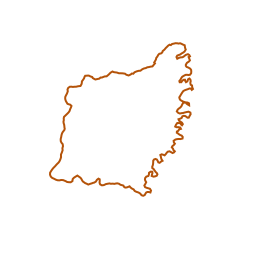 Dom Bosco, Minas Gerais, Brazil (Robinson projection), rotated 239°
{"feature_id": "56859067B94759180544499", "entity_name": "Dom Bosco", "entity_type": "district", "adm_level": 2, "iso_a3": "BRA", "parent_name": "Brazil", "parent_adm1": "Minas Gerais", "projection": "robinson", "projection_center": [-46.303, -16.742], "detail": "fine", "context": "isolated", "style": "outline", "palette": "amber", "viewbox_px": 256, "rotation_deg": 239, "n_neighbors": 0, "source": "geoboundaries", "source_scale": "gbopen_adm2", "svg_char_len": 4905}
<svg xmlns="http://www.w3.org/2000/svg" viewBox="0 0 256 256"><g transform="rotate(239 128 128)"><path d="M100.0,64.8L99.6,66.9L99.2,68.4L99.0,69.7L98.6,70.9L98.6,72.8L99.6,74.7L99.8,76.6L98.6,77.3L97.2,76.5L95.7,75.4L94.0,75.1L92.3,76.1L91.5,77.9L91.3,80.2L90.6,82.1L90.0,83.6L89.0,84.6L88.2,86.2L87.1,87.6L86.7,88.9L86.1,90.3L84.8,91.6L83.2,92.3L82.0,93.5L81.0,94.4L79.6,94.3L78.4,94.9L77.7,96.3L77.4,97.9L77.2,99.3L75.8,99.5L74.0,100.2L72.5,101.2L70.6,101.3L69.0,102.3L68.0,103.2L67.1,103.9L65.5,104.7L63.4,105.0L62.1,106.1L61.9,107.7L62.7,109.1L63.3,110.3L63.2,111.6L62.4,112.9L61.2,114.0L62.5,115.5L64.6,115.5L65.6,114.6L67.1,113.2L68.5,112.2L70.3,112.4L71.1,114.0L72.2,115.7L74.1,115.7L75.3,116.1L76.3,117.0L76.9,118.7L76.4,120.7L77.3,121.9L78.8,123.0L78.9,125.0L78.0,126.3L76.7,125.7L75.7,124.5L74.7,123.6L73.1,124.9L72.5,126.6L72.3,128.1L73.2,129.4L74.6,129.5L75.8,129.1L78.0,128.9L79.9,128.8L81.0,128.2L82.2,128.7L83.4,130.2L84.7,131.3L85.9,132.1L87.0,132.8L87.6,134.1L87.3,135.6L86.1,136.5L84.5,136.5L82.9,136.3L81.9,137.2L82.2,139.2L82.1,140.7L83.7,140.6L85.2,140.9L86.5,141.4L88.2,141.8L88.1,143.3L86.8,144.5L85.7,145.3L86.2,147.0L86.9,148.6L87.2,149.9L86.6,151.6L84.9,152.6L83.6,153.3L83.4,154.8L83.9,156.1L85.5,155.6L87.2,155.9L88.9,155.6L89.6,156.7L89.8,158.4L90.4,160.1L92.0,159.9L93.5,160.5L93.7,162.7L93.2,164.3L92.5,165.8L91.5,167.3L90.9,169.3L92.1,170.3L93.8,170.1L95.3,169.0L96.5,168.4L97.7,168.0L98.8,167.4L99.8,168.1L99.7,169.6L100.5,171.2L100.0,172.9L101.5,173.0L102.8,171.6L103.7,170.0L104.9,169.2L106.0,170.7L106.9,172.8L105.9,174.3L105.0,175.5L103.6,175.3L102.5,175.7L103.1,177.0L104.8,177.0L106.5,176.2L108.1,175.5L109.5,175.8L109.1,177.6L109.0,179.2L110.0,180.6L109.8,181.9L108.8,183.2L107.4,183.9L106.2,184.3L105.6,185.4L106.6,187.0L107.6,188.8L109.1,189.4L110.8,188.3L111.5,186.4L112.1,184.5L112.5,182.9L113.2,181.4L113.7,179.9L115.2,178.8L117.1,178.4L118.2,180.1L118.5,181.6L118.6,183.2L119.1,184.9L120.0,186.2L121.1,188.1L120.3,190.6L122.1,189.0L123.5,188.1L125.0,187.3L126.5,187.3L127.9,187.8L128.7,189.4L129.6,191.0L130.5,192.8L131.2,194.5L131.1,196.2L130.8,197.8L130.4,199.6L130.2,201.1L129.4,202.2L127.8,202.3L128.0,203.8L129.8,204.0L131.5,204.8L132.8,204.0L134.5,204.6L135.9,205.9L137.4,206.4L138.8,206.1L138.8,204.6L137.4,202.9L137.4,201.3L138.9,201.3L140.0,201.7L140.7,200.5L140.5,198.8L139.8,197.3L140.6,195.9L141.8,196.2L142.4,197.9L143.2,199.1L144.0,200.9L144.0,202.9L143.9,204.7L143.2,206.0L142.3,207.1L141.7,208.5L142.4,210.3L143.8,211.3L145.2,212.0L146.8,211.9L148.8,210.8L150.2,209.7L151.5,209.6L152.5,210.2L153.5,212.1L153.6,214.5L154.1,215.9L155.8,216.2L157.6,216.5L157.5,218.0L159.0,218.1L160.4,217.4L160.9,215.2L160.7,213.5L160.5,212.2L160.7,210.8L161.4,209.6L161.9,207.8L162.0,205.9L163.9,206.1L164.7,207.5L164.4,209.2L164.1,210.7L164.3,212.3L164.2,213.7L164.4,215.8L165.5,217.9L166.8,218.1L168.1,218.5L169.7,219.2L171.3,218.0L172.6,217.2L173.8,216.3L174.4,214.7L175.3,213.8L176.2,212.4L176.8,210.5L177.3,209.1L177.0,207.4L178.0,206.5L177.9,204.8L177.4,202.9L177.1,201.5L176.4,199.6L176.1,197.4L175.1,196.2L174.9,194.6L175.5,193.1L175.1,191.6L174.1,189.9L173.5,188.3L172.4,187.3L171.4,185.6L170.7,184.2L169.5,184.4L168.8,182.3L168.2,180.7L168.9,179.1L169.5,177.2L170.1,175.8L170.2,174.1L170.8,172.4L171.0,170.5L170.7,168.2L171.6,166.4L172.1,164.5L172.4,162.3L171.8,160.5L172.7,159.4L172.5,157.9L172.7,155.6L174.5,154.0L176.1,153.4L177.5,151.7L178.5,150.2L179.6,148.4L181.3,147.0L182.3,145.7L183.2,144.6L184.4,143.8L184.4,141.5L183.7,138.8L183.3,136.3L184.2,134.6L184.5,133.0L184.7,131.6L185.4,130.4L185.1,128.8L185.8,126.8L186.4,125.0L187.7,124.2L189.0,123.5L190.1,123.6L191.5,122.4L193.1,121.4L193.9,120.0L194.8,118.2L194.1,116.9L193.2,115.9L192.4,114.2L191.7,112.5L190.4,111.6L189.5,110.7L188.5,108.9L189.5,106.7L190.1,104.8L190.9,103.4L191.6,101.9L192.6,100.7L193.3,99.4L193.2,97.5L192.2,96.0L190.5,95.3L189.0,93.5L188.0,91.8L187.0,90.3L185.9,89.5L184.8,89.0L183.0,88.6L181.3,88.6L179.9,88.6L178.9,89.4L177.7,90.5L176.0,90.9L175.0,89.7L174.0,88.2L172.7,86.7L172.0,85.2L171.5,83.3L171.0,81.1L170.5,78.9L169.3,77.8L167.9,77.1L166.6,75.9L165.2,75.3L163.8,75.0L162.4,74.4L161.2,73.8L160.0,73.4L159.1,72.5L158.6,71.2L158.1,69.9L157.3,68.6L156.1,67.3L154.7,66.1L153.2,64.6L151.4,63.6L149.8,63.4L147.8,63.7L145.9,62.9L144.5,61.4L142.6,60.5L141.1,58.7L139.8,56.9L138.8,56.3L137.5,55.6L136.6,54.6L135.7,53.5L134.7,52.0L134.1,50.6L133.8,49.2L133.4,47.7L132.8,45.9L132.2,43.5L131.7,42.1L130.9,40.3L129.8,38.2L128.1,37.1L126.1,36.8L124.3,37.3L122.4,38.6L120.9,39.5L119.5,40.7L118.4,42.3L117.9,43.9L116.8,45.5L115.5,46.5L114.4,47.3L113.1,48.0L112.0,49.4L111.0,50.9L111.1,53.0L112.7,54.3L113.2,55.9L113.3,57.9L113.3,60.1L111.5,60.9L109.9,61.6L108.6,61.8L106.5,61.7L105.3,61.8L104.0,62.4L102.8,62.9L101.5,63.9L100.0,64.8ZM120.3,190.6L118.8,190.7L117.6,191.2L116.0,192.1L117.7,193.0L119.1,192.2L120.3,190.6Z" fill="none" stroke="#b45309" stroke-width="2"/></g></svg>